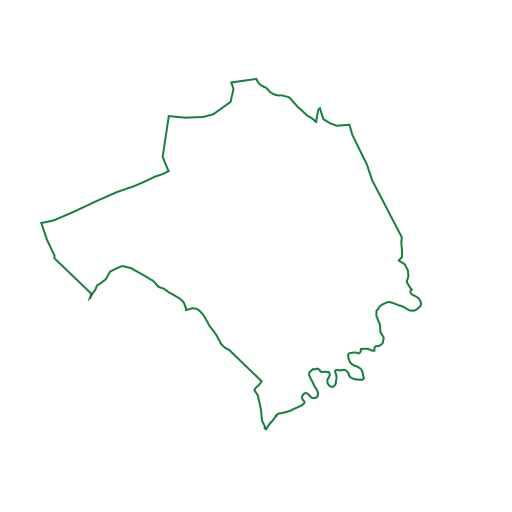 outline of Balata, Castries, Saint Lucia, rotated 230°
{"feature_id": "8701671B12100696846936", "entity_name": "Balata", "entity_type": "district", "adm_level": 2, "iso_a3": "LCA", "parent_name": "Saint Lucia", "parent_adm1": "Castries", "projection": "mercator", "projection_center": [-60.955, 14.015], "detail": "fine", "context": "isolated", "style": "outline", "palette": "green", "viewbox_px": 512, "rotation_deg": 230, "n_neighbors": 0, "source": "geoboundaries", "source_scale": "gbopen_adm2", "svg_char_len": 6139}
<svg xmlns="http://www.w3.org/2000/svg" viewBox="0 0 512 512"><g transform="rotate(230 256 256)"><path d="M232.0,175.4L224.2,175.2L223.4,175.0L220.9,174.9L220.1,174.6L219.0,174.5L216.6,173.8L215.8,173.8L213.6,173.4L212.1,172.8L210.9,172.9L210.1,172.7L205.2,173.4L204.6,173.7L203.6,173.9L201.7,175.0L156.5,179.8L155.7,177.1L155.6,176.6L155.2,175.1L155.2,174.5L155.3,172.6L155.2,171.0L154.3,168.6L147.8,167.7L135.6,161.3L125.6,154.6L119.2,153.1L118.8,152.0L116.9,152.1L116.8,152.3L117.2,153.2L117.2,153.6L118.3,157.0L118.2,157.4L118.7,158.4L118.6,158.6L118.8,159.2L118.8,159.5L119.1,160.0L118.8,160.1L119.1,161.4L119.0,162.5L119.3,163.0L120.2,167.2L120.5,167.7L120.4,168.6L120.8,168.6L121.1,169.5L120.8,169.9L120.9,170.5L120.6,171.5L120.7,172.3L120.3,173.1L119.5,173.9L118.8,175.5L118.0,176.7L118.0,177.1L117.5,178.1L117.3,178.8L116.6,179.3L116.5,180.1L115.6,182.2L115.4,183.4L114.9,184.3L114.9,185.4L114.5,187.0L113.9,188.6L113.2,191.0L113.0,191.6L112.6,193.8L112.2,194.7L112.3,196.0L112.1,196.5L112.2,198.3L112.7,199.1L113.1,199.4L115.0,199.6L115.8,199.3L116.9,199.7L118.0,200.3L118.7,201.0L119.2,201.9L119.3,202.4L119.6,203.1L119.7,204.0L119.3,205.7L118.9,206.2L117.7,206.9L115.5,207.4L114.0,207.3L112.3,207.4L111.7,207.6L110.7,208.2L110.0,208.9L109.4,210.0L108.8,211.7L108.9,212.6L109.5,213.9L110.6,215.0L111.2,215.4L112.6,216.0L115.5,216.7L116.6,216.8L117.8,217.2L118.6,217.1L121.2,217.7L122.4,218.2L126.5,218.9L127.9,219.5L129.3,219.7L130.0,220.1L130.9,220.3L132.3,221.8L132.7,222.9L132.6,223.2L132.7,225.0L132.7,226.0L132.5,226.3L132.7,227.0L132.1,227.8L130.8,228.7L130.7,230.1L129.8,231.0L129.5,231.2L128.2,231.4L127.0,231.2L126.0,231.3L124.7,231.8L124.3,232.6L123.7,233.6L123.4,233.7L122.6,234.6L122.4,235.1L122.1,235.3L121.8,235.7L120.8,236.3L120.5,236.9L120.1,236.8L119.7,237.1L118.3,236.7L117.6,236.2L116.2,233.9L116.3,233.6L115.9,232.8L115.5,231.5L115.1,230.9L113.9,229.9L112.5,229.1L111.1,228.8L109.5,228.8L107.9,229.4L107.1,229.9L106.2,231.1L106.2,232.7L106.4,233.5L106.7,233.9L106.7,234.4L107.3,235.5L108.6,236.7L109.0,237.3L109.8,238.0L110.2,238.7L111.5,239.8L113.3,241.0L116.3,242.1L116.7,242.4L117.2,242.9L117.3,243.3L117.1,243.8L117.0,244.3L116.3,245.3L115.0,246.1L115.1,246.3L114.4,247.1L114.0,247.7L113.4,248.0L112.3,250.3L111.5,250.9L109.6,251.5L107.3,251.5L106.7,251.4L105.5,250.8L105.3,251.0L104.8,250.6L103.7,250.5L103.0,250.2L101.3,250.7L99.8,251.4L97.5,252.9L97.0,253.3L96.6,254.0L95.6,254.7L94.3,256.4L93.6,256.8L92.9,257.8L92.7,258.9L92.9,259.9L93.2,259.8L94.3,260.8L95.3,261.1L98.6,263.1L99.2,263.0L100.8,263.6L101.8,263.7L102.6,263.6L104.9,262.9L105.4,262.9L107.6,261.8L107.7,261.5L109.5,260.5L110.8,260.3L111.5,260.0L113.4,259.7L115.1,260.0L117.8,260.9L119.3,261.9L120.9,262.6L121.3,263.2L121.3,264.0L121.5,264.4L121.5,265.0L121.1,265.7L120.6,266.5L119.6,268.4L118.5,269.7L117.3,270.9L115.9,271.6L115.4,272.1L115.1,272.9L115.2,274.0L115.9,275.1L116.1,275.7L116.9,276.0L117.3,276.5L117.1,277.0L116.6,277.8L116.0,278.3L113.6,281.4L112.4,282.4L111.9,282.6L110.5,283.4L109.2,283.9L108.6,284.3L107.4,285.9L107.8,286.2L109.7,287.9L109.9,289.5L109.9,289.9L108.6,291.5L108.0,292.7L107.6,295.3L108.0,297.2L108.3,297.8L108.7,298.1L111.0,301.0L111.5,301.4L113.8,301.8L116.1,302.0L116.5,302.2L117.7,302.4L120.4,304.4L121.4,305.0L121.6,305.3L122.6,306.1L124.0,306.9L125.3,307.5L126.2,307.6L129.2,308.5L129.7,308.8L132.4,309.6L133.1,310.0L136.4,312.9L136.8,313.5L136.8,315.3L137.0,315.9L137.7,317.1L137.7,318.0L137.8,319.2L137.7,321.5L136.3,326.6L135.7,327.4L135.4,328.1L134.4,329.2L133.5,329.5L132.2,330.5L129.3,332.2L127.1,333.3L125.6,334.2L124.7,335.1L123.6,335.4L122.4,336.3L121.3,336.7L118.9,337.3L115.8,338.6L114.6,339.5L113.0,341.5L112.1,342.8L111.9,344.0L111.8,347.0L111.9,349.3L112.3,350.2L113.2,351.7L114.1,352.2L116.0,352.9L118.5,353.4L119.2,353.4L123.0,352.2L125.1,351.1L126.9,350.6L127.8,350.6L129.1,351.0L129.8,351.7L130.2,352.7L130.1,353.8L132.6,353.7L139.2,354.7L142.7,359.9L147.2,363.0L153.8,364.6L160.8,362.5L161.4,367.2L164.9,370.3L173.0,376.0L176.5,379.7L239.5,393.7L255.1,399.9L268.2,403.0L286.9,407.7L296.5,411.9L303.8,401.7L309.9,398.1L317.5,395.6L328.1,399.9L328.1,398.7L328.0,397.9L327.5,397.0L325.3,394.4L325.0,394.1L323.7,392.4L323.4,392.2L322.0,390.4L321.6,390.1L320.0,388.3L320.6,387.9L323.3,387.8L324.8,387.4L326.2,387.2L330.1,385.7L332.0,385.2L332.7,385.4L335.9,384.8L337.0,384.8L339.6,384.4L340.3,384.4L341.5,384.0L342.4,384.0L344.5,383.7L346.4,383.8L348.5,383.6L350.0,383.7L350.4,383.5L354.2,383.6L355.8,383.4L357.1,383.0L360.3,380.4L360.8,380.3L362.4,379.1L363.7,377.3L364.3,376.8L364.7,376.3L366.0,375.2L366.8,374.3L367.9,374.1L369.6,373.2L370.8,372.7L373.1,372.1L374.1,372.1L374.6,372.0L375.1,372.2L376.2,372.0L376.5,372.1L377.4,371.9L378.6,371.8L380.6,370.7L381.3,370.5L382.7,369.9L386.1,369.2L388.4,369.3L390.4,369.8L390.8,370.0L391.5,370.0L404.8,348.6L398.5,346.2L390.4,335.6L392.0,314.5L396.4,305.0L407.1,291.1L419.2,279.1L392.1,248.4L390.3,247.7L389.0,247.4L387.9,246.9L378.4,243.9L377.2,243.8L377.1,243.6L377.4,242.9L378.6,237.7L379.8,234.3L380.2,233.8L380.9,231.5L381.7,230.0L383.1,224.2L384.0,220.9L384.1,220.1L384.4,219.7L384.9,217.4L388.7,205.0L390.6,200.7L390.9,199.3L391.8,197.2L392.1,196.3L392.6,195.3L394.7,189.5L400.5,169.5L407.0,144.9L413.5,123.4L419.3,112.7L402.5,106.2L385.8,101.9L383.8,100.1L333.1,105.6L330.5,101.5L330.5,101.8L333.0,108.6L333.1,110.2L333.6,111.6L335.3,114.7L335.5,115.5L335.5,116.5L334.8,119.8L335.1,120.4L334.7,125.8L337.7,133.8L337.7,134.9L337.2,136.7L337.4,135.9L336.6,139.5L334.4,146.9L332.9,148.2L327.1,152.4L317.4,156.1L314.6,157.1L312.1,158.1L310.6,158.5L309.8,158.9L308.2,159.3L307.3,159.7L305.3,160.3L304.3,160.9L302.6,161.3L299.9,161.3L299.3,161.5L298.0,161.3L295.8,161.6L295.4,161.4L295.1,161.7L294.2,162.0L292.7,162.7L292.4,163.2L291.6,163.5L290.0,164.5L289.6,164.4L288.9,164.8L288.0,165.0L284.1,165.9L280.3,167.3L278.8,168.0L276.0,168.9L274.5,169.6L274.1,169.6L271.4,170.4L270.8,170.4L268.1,170.8L267.6,170.7L266.5,170.7L265.6,170.3L261.9,169.3L262.0,168.9L260.4,168.4L259.6,167.6L257.4,172.4L257.0,173.6L253.8,176.5L253.4,176.7L250.5,177.5L246.8,177.8L243.6,177.7L232.0,175.4Z" fill="none" stroke="#15803d" stroke-width="2"/></g></svg>